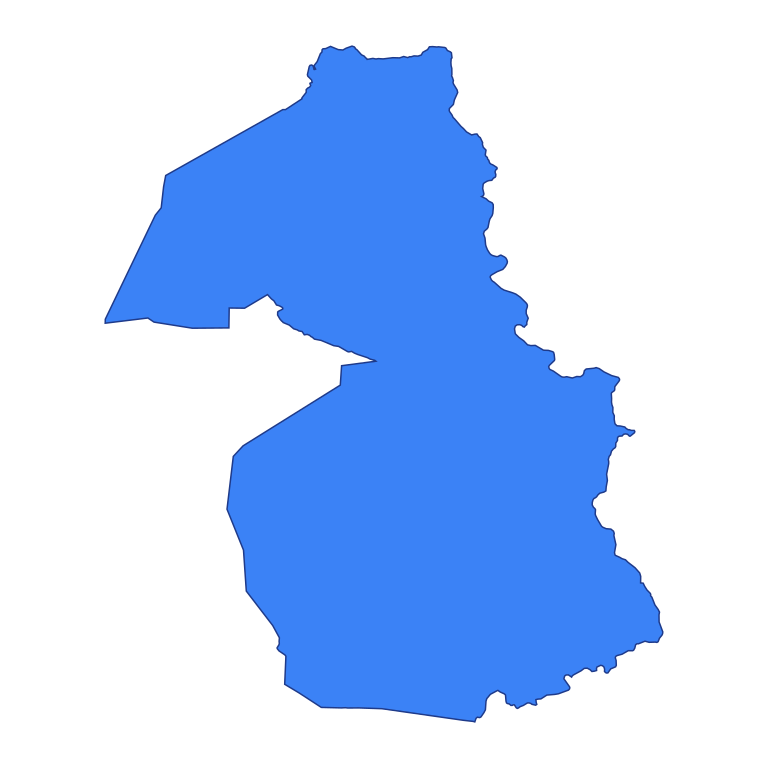 Marahoue, Marahoué, Ivory Coast
{"feature_id": "98640826B99867209198649", "entity_name": "Marahoue", "entity_type": "district", "adm_level": 2, "iso_a3": "CIV", "parent_name": "Ivory Coast", "parent_adm1": "Marahoué", "projection": "albers", "projection_center": [-5.732, 7.127], "detail": "fine", "context": "isolated", "style": "filled", "palette": "blue", "viewbox_px": 768, "rotation_deg": 0, "n_neighbors": 0, "source": "geoboundaries", "source_scale": "gbopen_adm2", "svg_char_len": 6049}
<svg xmlns="http://www.w3.org/2000/svg" viewBox="0 0 768 768"><path d="M528.2,318.2L526.2,313.6L526.2,310.2L527.3,306.9L527.4,305.2L526.8,303.8L525.8,302.6L520.3,297.2L515.9,294.1L512.9,292.9L504.1,290.1L501.0,288.3L494.2,282.2L492.6,281.2L491.4,279.9L490.1,277.0L490.7,275.6L492.1,274.6L497.1,271.7L502.8,269.4L505.3,266.6L507.1,263.3L507.4,261.7L506.9,259.9L505.9,258.1L504.6,257.0L500.9,255.1L499.4,255.6L498.1,256.5L496.4,256.6L492.5,255.5L490.9,254.6L489.7,253.4L487.5,249.9L486.1,246.5L485.6,244.7L485.0,238.1L483.5,233.8L484.3,231.2L487.0,228.9L488.0,227.5L489.3,221.0L490.0,218.8L492.1,215.6L492.8,213.4L493.3,207.7L493.2,204.5L492.1,202.8L488.6,201.1L486.1,198.8L481.6,196.6L482.7,196.1L483.7,194.9L483.9,193.8L482.7,188.5L483.2,184.1L484.2,182.9L487.1,181.2L488.9,180.6L491.8,180.3L493.5,178.1L495.1,177.3L495.7,176.3L495.8,174.2L495.3,173.2L495.1,171.5L495.8,169.9L497.1,168.8L496.9,167.5L492.7,164.8L491.1,164.2L489.9,163.2L489.3,162.1L488.8,160.3L487.7,159.2L487.3,157.4L485.6,155.9L485.3,154.7L486.0,150.1L483.3,147.3L482.4,144.3L482.6,142.6L480.3,137.7L478.7,136.5L477.0,134.0L475.0,134.1L471.6,134.9L466.5,131.9L463.5,128.6L461.0,126.4L454.5,118.8L453.1,117.5L452.0,115.0L449.6,111.6L449.2,110.4L449.4,108.5L453.4,104.4L454.4,99.9L457.7,92.5L457.1,89.9L453.5,84.0L453.0,82.3L453.4,80.6L452.4,77.4L451.6,76.0L451.9,74.4L451.8,68.4L451.1,65.6L450.9,62.6L451.2,58.8L452.0,57.8L451.4,52.8L450.4,51.9L447.4,50.5L445.8,48.0L444.8,47.5L438.5,46.8L436.9,47.0L432.6,46.6L429.4,46.8L427.6,49.6L422.8,52.3L421.3,55.0L418.0,56.1L414.0,55.9L411.0,56.8L409.7,56.7L407.7,57.6L403.7,56.5L399.6,57.9L392.9,57.7L383.1,58.9L378.3,58.6L376.0,59.0L372.9,58.4L367.1,59.4L366.7,58.5L365.6,57.8L364.3,56.2L361.5,54.8L356.8,49.6L355.4,48.7L355.1,47.8L354.3,46.9L352.0,46.1L346.1,48.2L342.9,50.0L338.2,49.6L330.5,46.4L325.7,48.6L323.0,48.8L322.1,49.7L321.9,52.1L320.4,53.6L317.2,61.6L314.3,65.3L314.2,66.5L315.6,69.1L314.7,69.5L314.0,69.4L313.2,66.1L312.1,65.2L311.5,65.0L310.0,65.4L309.2,66.7L307.4,74.7L307.8,76.2L311.6,80.0L312.1,82.5L310.1,83.1L309.9,83.7L310.7,85.3L310.5,85.9L309.6,87.1L307.8,88.0L306.2,89.6L306.2,92.4L302.2,97.5L301.8,98.3L302.0,98.8L285.5,109.6L282.8,109.6L165.7,175.5L163.6,186.7L161.2,207.8L155.3,215.2L105.3,319.2L105.2,323.2L147.9,318.0L154.0,322.1L192.3,328.2L228.9,327.9L229.2,308.0L244.6,308.2L267.5,294.6L271.4,298.9L273.9,300.8L276.5,305.0L279.1,305.7L281.8,307.1L282.8,308.1L282.7,309.1L278.4,311.3L277.7,312.0L277.6,315.0L279.9,319.0L281.7,321.1L282.6,321.7L283.1,322.5L289.3,325.1L293.7,328.8L297.3,329.9L298.8,330.9L302.1,331.5L304.3,334.8L307.2,334.4L309.6,335.3L311.0,336.6L312.4,337.3L314.4,339.1L321.1,340.4L333.8,345.7L338.6,346.4L347.6,351.6L348.8,351.9L351.6,351.4L354.4,353.1L357.8,354.5L367.5,357.7L370.1,359.1L374.8,360.3L375.9,361.2L341.6,365.7L340.3,385.1L243.1,445.8L233.3,456.4L227.0,509.2L243.5,550.1L246.3,591.1L272.7,625.5L279.4,637.8L279.1,641.4L279.3,643.4L278.9,644.9L277.1,647.7L277.2,648.6L279.0,650.9L284.9,654.9L285.9,656.2L284.7,684.3L299.2,693.0L321.3,707.4L341.3,707.9L345.5,707.7L347.8,708.0L358.7,707.9L381.9,708.7L463.4,720.3L473.1,721.4L474.8,721.9L476.0,718.4L477.3,717.2L479.7,717.6L481.0,716.9L483.9,712.7L485.4,709.8L486.0,701.2L486.8,698.6L490.4,694.3L497.1,690.7L497.9,690.4L500.2,692.0L504.4,693.9L505.5,695.0L506.0,701.2L506.5,702.9L507.3,703.5L509.4,704.0L510.9,705.4L512.3,705.4L513.2,704.8L514.4,704.9L516.1,707.6L517.2,708.4L518.4,708.0L520.1,706.7L523.4,705.4L527.3,703.0L529.1,702.9L530.9,703.5L531.9,704.3L535.7,705.2L536.8,704.4L536.2,702.4L535.9,699.6L537.9,699.1L540.9,698.9L546.8,695.1L554.8,694.4L558.4,693.8L568.5,690.1L569.5,689.0L569.8,687.8L569.5,686.7L563.9,678.8L564.5,676.5L565.0,675.7L566.1,675.0L568.4,674.9L571.6,677.1L572.1,676.1L573.3,675.0L581.2,670.7L584.2,668.4L585.1,668.3L587.3,668.2L590.2,669.8L591.9,671.5L594.2,671.2L596.6,670.5L596.5,668.4L597.0,667.0L600.7,665.3L602.5,665.7L604.0,667.1L604.6,669.2L604.5,671.5L605.6,672.6L606.4,673.0L607.9,672.9L610.7,668.9L615.6,666.8L616.3,665.3L616.1,660.4L615.3,657.8L615.5,656.9L616.1,656.1L617.3,655.5L622.1,654.2L628.2,650.7L632.7,650.7L633.6,650.2L634.8,648.1L635.6,644.8L636.8,643.8L638.4,643.8L645.0,641.2L649.1,642.3L655.3,642.1L656.9,642.4L658.1,641.7L659.5,638.2L662.0,635.1L662.6,633.7L662.8,631.9L659.1,622.0L659.0,614.8L659.5,612.1L658.1,609.4L654.9,604.9L651.9,597.2L650.6,595.7L650.7,594.3L650.3,593.4L647.0,590.0L644.6,586.2L643.2,583.2L640.6,582.9L640.7,576.3L639.7,573.0L635.1,567.8L628.0,562.3L625.5,559.8L622.1,558.7L619.7,557.3L615.5,555.4L615.0,554.9L614.5,552.6L615.9,544.7L613.9,535.6L614.2,533.3L613.5,531.2L610.9,529.1L606.2,528.7L602.7,527.2L601.5,526.2L597.6,519.6L595.6,515.5L595.2,514.0L595.5,509.7L594.9,508.6L593.4,507.2L592.2,504.9L592.3,502.4L593.0,499.9L593.9,498.5L595.5,497.7L596.6,496.8L598.0,494.8L599.8,493.2L603.9,492.1L605.9,490.9L606.2,486.9L607.4,480.4L606.6,474.2L608.7,463.7L608.7,461.6L608.3,459.4L609.2,456.3L610.5,454.8L611.5,451.1L613.4,448.9L615.0,447.8L615.7,446.6L615.8,443.1L617.5,440.4L617.5,437.9L618.1,436.9L619.1,436.2L622.1,436.0L623.6,434.3L625.6,433.9L627.6,434.3L629.4,436.1L630.3,436.1L634.5,432.7L634.8,431.4L634.2,430.4L631.4,430.4L629.3,429.7L628.1,429.7L626.1,428.4L624.8,427.0L620.3,426.0L617.0,425.8L615.1,423.9L614.8,422.9L614.2,419.2L614.3,415.8L612.8,412.4L612.9,407.5L611.9,404.7L611.5,402.1L611.6,398.5L611.3,393.5L611.7,392.6L614.3,390.7L614.7,389.9L614.8,386.7L619.1,381.0L619.6,379.9L619.4,378.8L618.3,377.4L611.7,375.6L604.0,371.9L599.2,368.6L596.1,367.6L594.2,368.2L586.2,369.0L584.4,370.6L583.7,373.6L583.0,374.9L581.9,375.8L580.4,376.7L576.8,376.5L572.3,378.0L566.7,376.7L564.1,377.2L562.3,377.0L560.8,376.3L553.4,371.1L550.0,369.5L549.2,368.6L548.7,366.6L549.5,365.2L554.4,360.5L554.7,359.4L554.2,354.5L553.6,352.4L552.7,351.7L548.5,350.4L543.5,350.2L535.3,345.4L530.8,345.6L527.5,344.8L523.7,340.8L518.9,337.4L515.6,334.1L515.2,333.3L514.5,328.8L515.3,326.1L517.2,324.8L519.9,324.7L521.7,325.4L522.9,326.6L524.3,327.1L525.4,325.7L526.8,324.6L526.8,322.2L528.2,318.2Z" fill="#3b82f6" stroke="#1e3a8a" stroke-width="1.5"/></svg>